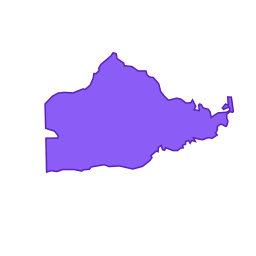 Colleton, South Carolina, United States of America (Mercator projection), rotated 301°
{"feature_id": "52423323B97274503585716", "entity_name": "Colleton", "entity_type": "district", "adm_level": 2, "iso_a3": "USA", "parent_name": "United States of America", "parent_adm1": "South Carolina", "projection": "mercator", "projection_center": [-80.565, 32.826], "detail": "fine", "context": "isolated", "style": "filled", "palette": "violet", "viewbox_px": 256, "rotation_deg": 301, "n_neighbors": 0, "source": "geoboundaries", "source_scale": "gbopen_adm2", "svg_char_len": 1617}
<svg xmlns="http://www.w3.org/2000/svg" viewBox="0 0 256 256"><g transform="rotate(301 128 128)"><path d="M48.3,80.9L51.8,84.0L54.1,89.6L58.7,93.3L64.7,103.3L67.2,110.5L69.2,111.3L72.7,116.2L75.5,116.4L84.3,126.5L85.2,131.7L91.0,140.0L94.5,150.6L95.2,153.0L98.9,156.7L102.6,160.2L111.4,163.5L115.0,163.8L116.1,161.9L122.6,164.0L123.2,166.0L126.8,164.1L130.2,165.4L127.2,168.9L127.8,170.9L130.5,170.5L131.8,178.2L134.2,182.1L137.8,183.4L139.5,185.6L141.3,183.6L143.7,185.7L146.3,184.4L148.4,186.4L147.0,189.1L150.1,189.1L151.1,192.7L153.2,189.2L156.2,197.8L160.6,201.4L161.8,203.4L162.5,205.4L168.0,208.1L168.9,205.4L170.2,205.8L172.9,205.3L175.4,203.8L178.5,205.1L179.2,206.2L179.5,206.8L179.6,210.3L180.0,211.2L180.5,211.5L184.7,210.4L185.8,209.6L187.0,207.9L190.3,205.6L194.3,206.8L195.4,209.6L196.5,209.8L207.4,200.9L207.7,200.7L206.0,197.5L199.2,202.1L198.7,199.2L193.7,198.5L193.2,200.4L198.1,203.8L195.8,206.2L192.5,204.6L187.3,197.4L179.9,193.8L184.0,190.2L185.4,187.2L183.9,182.0L185.6,179.1L185.6,177.3L185.3,176.9L184.2,176.7L179.6,180.2L177.8,175.3L181.5,174.9L185.3,168.8L182.0,168.8L179.2,164.9L180.0,158.8L178.6,154.3L172.6,148.4L174.1,142.5L176.1,137.2L181.7,131.6L184.3,123.7L182.9,120.5L183.1,117.2L186.1,114.0L182.1,107.3L182.7,99.7L179.5,92.8L181.5,90.8L181.9,82.7L184.6,80.6L185.6,79.4L184.8,76.5L180.8,76.2L168.4,72.0L164.0,72.2L162.6,73.6L158.3,72.7L157.1,70.7L152.9,72.5L145.3,73.5L138.9,71.4L138.4,69.4L129.7,62.7L125.5,54.7L122.0,50.2L116.5,46.9L106.0,44.5L104.5,45.4L85.3,57.6L87.5,66.7L85.1,72.7L83.2,72.9L77.0,62.9L48.3,80.9Z" fill="#8b5cf6" stroke="#5b21b6" stroke-width="1.5"/></g></svg>